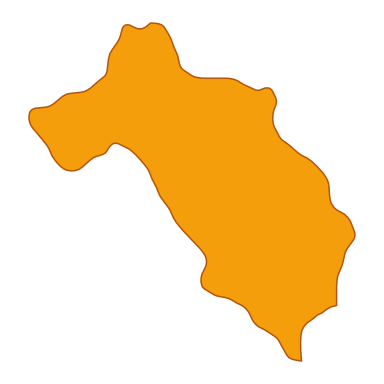 the district of Maimón, Monseñor Nouel, Dominican Republic
{"feature_id": "3306468B25789433891427", "entity_name": "Maimón", "entity_type": "district", "adm_level": 2, "iso_a3": "DOM", "parent_name": "Dominican Republic", "parent_adm1": "Monseñor Nouel", "projection": "robinson", "projection_center": [-70.282, 18.886], "detail": "fine", "context": "isolated", "style": "filled", "palette": "amber", "viewbox_px": 384, "rotation_deg": 0, "n_neighbors": 0, "source": "geoboundaries", "source_scale": "gbopen_adm2", "svg_char_len": 2830}
<svg xmlns="http://www.w3.org/2000/svg" viewBox="0 0 384 384"><path d="M46.8,145.2L48.9,148.6L52.3,156.3L55.2,160.5L58.5,164.4L61.0,166.8L63.7,168.8L66.8,170.2L70.2,170.8L73.6,170.8L75.3,170.5L78.6,169.5L80.1,168.7L82.7,166.8L88.9,161.1L92.8,158.1L95.7,156.7L101.7,154.8L104.4,153.6L105.5,152.8L106.4,151.7L108.6,148.1L110.3,145.9L112.4,144.1L113.6,143.5L115.0,143.2L116.4,143.2L119.0,144.0L128.7,148.8L131.6,150.9L135.6,154.6L140.7,160.1L144.3,164.4L147.6,168.8L149.4,172.0L151.9,178.7L156.5,187.6L158.4,192.6L159.9,195.8L161.8,198.7L167.9,206.9L169.8,209.8L173.4,217.8L176.3,222.5L179.8,226.9L183.5,231.1L200.4,249.0L202.7,251.9L204.7,254.9L206.1,258.2L206.6,261.8L206.1,265.3L204.9,268.2L202.1,273.8L201.2,277.2L201.0,280.7L201.1,282.4L201.9,285.6L202.6,287.1L203.7,288.3L204.9,289.2L214.0,294.8L217.1,296.0L225.4,297.6L228.7,298.5L231.6,299.9L237.1,303.2L241.5,305.3L244.2,307.1L246.6,309.4L248.6,312.1L249.4,313.5L252.3,319.7L254.0,322.4L256.2,324.8L258.7,326.8L264.6,329.8L267.3,331.5L275.0,336.6L277.3,338.6L279.1,341.2L281.3,345.4L286.7,354.9L288.6,357.3L289.8,358.2L292.7,359.4L295.7,360.1L301.5,361.0L300.7,349.8L300.6,341.3L301.0,335.2L301.7,331.3L302.4,329.4L304.4,325.9L306.9,323.1L313.1,318.7L317.1,315.2L321.9,313.0L326.2,309.6L328.8,308.0L331.7,306.7L336.6,305.5L336.6,286.0L337.0,280.3L337.6,276.6L338.7,273.3L342.0,265.6L343.0,262.2L344.5,255.1L345.6,251.6L347.3,248.4L352.5,241.3L354.2,238.5L354.7,236.9L355.0,235.2L354.7,232.2L350.6,221.8L349.8,220.3L347.9,217.6L344.4,214.2L337.4,210.3L336.1,209.4L333.8,207.2L331.9,204.5L331.1,203.0L330.1,199.5L329.6,195.9L329.0,186.7L328.4,183.0L327.8,181.2L326.3,177.9L323.2,173.3L317.0,166.4L311.7,161.4L307.4,158.3L301.4,155.2L298.4,153.2L288.8,144.8L282.3,140.2L281.2,139.1L279.3,136.5L274.8,128.0L273.5,124.8L273.1,123.0L272.7,119.4L273.0,113.9L273.7,110.5L275.9,104.9L276.5,102.0L276.4,100.5L275.6,97.6L272.5,91.1L271.6,89.9L270.5,88.9L269.2,88.2L267.9,87.9L265.1,88.0L259.3,90.2L258.0,90.4L255.4,89.9L244.2,84.8L237.4,80.7L234.2,79.4L232.5,79.0L228.9,78.4L225.2,78.2L206.6,78.2L201.0,78.1L195.7,77.2L194.0,76.7L191.1,75.2L183.5,70.1L181.3,68.0L180.5,66.6L179.4,63.6L177.5,55.2L173.5,46.0L171.1,39.2L168.8,34.6L165.6,29.3L163.9,26.8L162.8,25.7L161.5,24.8L158.6,23.8L155.5,23.3L150.6,23.0L145.6,27.1L142.8,28.4L141.3,28.8L139.7,28.9L136.7,28.5L129.4,25.0L126.7,24.8L125.3,25.2L124.1,25.9L123.1,27.0L122.4,28.3L120.4,35.8L119.2,39.0L117.4,42.2L112.1,49.9L110.2,53.1L109.5,54.8L108.3,60.2L107.1,70.7L106.2,73.8L105.4,75.2L104.4,76.4L99.6,80.2L90.2,88.3L87.2,90.3L83.9,91.7L80.6,92.3L70.4,93.4L67.1,94.1L65.5,94.7L62.4,96.5L54.1,103.4L51.1,105.4L49.5,106.1L48.0,106.7L44.7,107.3L35.3,108.2L32.5,109.3L31.2,110.3L30.2,111.6L29.5,113.1L29.0,116.5L29.1,119.9L30.1,123.4L30.8,125.1L32.8,128.2L41.3,138.3L46.8,145.2Z" fill="#f59e0b" stroke="#b45309" stroke-width="1.5"/></svg>